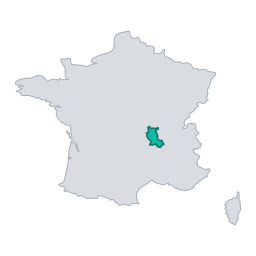 France, with Loire highlighted
{"feature_id": "FRA-5315", "entity_name": "Loire", "entity_type": "Metropolitan department", "adm_level": 1, "iso_a3": "FRA", "parent_name": "France", "parent_adm1": "", "projection": "natural_earth1", "projection_center": [4.105, 45.756], "detail": "fine", "context": "in_parent", "style": "filled", "palette": "teal", "viewbox_px": 256, "rotation_deg": 0, "n_neighbors": 0, "source": "natural_earth", "source_scale": "10m", "svg_char_len": 5677}
<svg xmlns="http://www.w3.org/2000/svg" viewBox="0 0 256 256"><path d="M208.0,100.2L206.1,101.1L205.0,103.0L203.8,103.4L201.6,103.4L200.5,102.3L197.9,103.0L196.9,104.2L198.5,105.6L193.3,111.5L190.0,113.1L189.3,116.9L185.5,119.8L184.0,122.8L183.9,123.4L184.9,124.4L184.5,126.4L182.5,127.7L182.6,129.0L183.1,129.2L186.1,128.1L187.3,127.0L186.7,125.3L189.7,123.4L195.2,123.9L195.8,126.5L195.2,128.7L199.1,133.5L195.7,135.7L195.6,137.2L199.1,142.0L201.4,144.0L200.2,147.2L196.5,149.3L194.1,149.1L193.1,149.7L193.2,150.7L194.9,153.6L198.9,155.5L199.6,157.7L198.5,158.5L196.6,161.9L197.5,163.5L197.2,164.2L197.6,165.4L198.7,166.5L204.3,169.4L209.4,168.8L210.0,170.5L207.0,174.8L207.2,176.8L205.6,176.9L205.3,177.5L202.2,179.0L197.2,183.4L194.9,184.7L193.9,187.0L192.6,188.3L185.3,190.8L184.0,190.2L180.4,190.3L178.2,188.7L174.0,187.7L172.6,185.3L168.6,184.9L168.4,183.3L162.9,184.8L155.1,182.6L152.3,180.3L150.1,180.9L148.1,183.0L139.7,188.4L136.3,194.0L136.9,200.5L138.9,203.8L133.7,203.3L130.7,204.2L129.9,205.6L122.6,204.0L119.9,205.3L119.2,205.2L118.3,203.9L114.7,202.3L115.3,201.2L114.8,200.3L111.5,199.5L110.3,200.4L109.0,198.5L99.7,195.6L98.2,195.6L97.5,198.5L91.5,198.5L90.7,197.9L86.8,198.6L82.7,195.8L78.1,196.3L75.3,193.5L72.6,193.3L68.7,191.9L67.0,191.1L66.8,190.2L65.6,191.5L64.2,191.2L63.9,190.8L64.8,189.3L65.1,187.4L60.3,186.1L59.0,184.8L59.0,184.1L61.6,183.4L64.0,180.9L66.4,171.7L68.3,160.9L69.5,158.8L71.0,158.3L69.8,156.8L68.3,158.7L69.4,148.8L71.3,141.4L75.2,144.4L76.2,145.7L77.3,150.2L79.5,152.0L78.1,150.2L76.7,144.3L75.8,142.6L69.6,137.7L69.4,136.6L72.2,137.2L71.1,133.5L70.6,125.8L66.7,125.0L60.6,121.7L56.5,115.8L56.1,113.6L57.3,111.3L56.3,109.8L54.5,108.8L56.0,106.8L57.2,106.6L61.7,107.7L58.1,105.8L52.1,106.5L49.8,105.8L49.4,104.4L51.1,102.7L49.1,101.5L45.8,101.8L45.4,101.3L46.4,100.1L45.6,99.6L42.8,100.1L41.2,99.7L39.8,98.2L35.4,97.9L34.4,97.0L28.3,95.4L21.9,95.7L20.2,92.8L16.3,91.4L17.2,90.4L21.1,89.6L21.9,88.8L19.1,87.6L18.1,86.4L23.4,86.1L21.0,84.8L16.0,84.9L15.4,83.2L16.1,81.4L19.1,79.8L26.5,78.1L31.8,78.1L35.7,76.0L39.4,75.5L42.9,76.5L47.6,81.5L51.5,79.3L57.2,79.4L58.3,80.6L59.9,78.3L61.1,79.6L68.1,79.2L66.5,78.3L65.2,76.2L65.2,68.3L61.7,62.6L60.9,60.6L61.2,58.8L65.3,59.1L68.8,58.4L70.4,58.9L70.7,62.6L72.1,64.7L81.7,65.3L87.2,66.5L91.8,64.4L96.2,63.5L96.5,63.0L94.0,63.2L91.8,62.3L91.5,61.3L92.7,58.4L99.4,55.3L109.1,52.6L111.6,50.9L114.5,47.6L113.9,46.8L114.5,38.1L115.9,35.2L119.6,33.1L129.0,31.1L130.2,33.8L130.1,35.4L132.5,37.9L133.8,38.6L137.9,37.3L139.8,39.6L140.4,42.1L145.4,43.2L146.8,46.6L147.7,45.8L150.8,46.0L152.2,46.3L154.3,47.8L153.6,49.8L154.5,50.7L153.7,52.6L154.3,53.4L160.0,53.4L161.7,52.6L162.4,50.7L164.2,49.6L164.8,49.9L163.7,53.4L164.5,54.3L164.9,56.8L167.1,57.0L171.3,58.9L174.8,62.2L179.2,61.7L182.6,63.5L186.2,62.6L189.5,63.6L190.7,64.5L193.9,69.2L196.3,68.2L198.0,68.8L198.6,70.1L205.0,69.3L206.2,70.6L207.5,71.1L215.6,72.8L215.7,74.6L211.1,79.5L209.2,86.6L207.9,89.0L207.4,90.9L207.8,92.1L207.6,94.0L206.6,98.6L207.2,100.0L208.0,100.2ZM239.2,196.2L238.9,199.2L240.1,201.3L240.6,209.9L238.3,214.0L238.0,219.0L235.1,224.9L230.3,222.3L228.9,220.8L230.1,218.5L227.4,217.3L228.0,215.1L227.7,214.0L225.8,213.9L225.7,213.3L227.0,211.6L227.0,210.6L225.2,209.2L224.8,208.1L226.5,206.7L225.7,205.5L224.7,205.3L227.0,201.4L228.7,200.2L232.3,199.1L233.8,197.7L236.2,198.4L236.6,198.1L237.3,191.9L238.1,191.8L238.9,192.7L239.2,196.2ZM69.9,133.9L69.3,135.7L66.9,132.6L66.7,131.0L69.9,133.9Z" fill="#d9dde1" stroke="#a8b0b8" stroke-width="1"/><path d="M163.5,143.1L163.5,144.0L163.7,144.7L162.9,144.8L161.5,145.5L161.2,145.8L161.0,146.1L160.9,146.3L161.0,146.9L161.0,147.1L160.9,147.2L158.8,147.3L158.3,146.8L157.9,146.6L157.4,146.6L157.2,146.5L157.1,146.4L157.0,146.1L156.9,145.9L156.9,145.7L157.0,145.5L157.1,145.3L157.1,145.1L157.0,144.9L156.7,144.4L156.5,144.2L156.3,144.2L156.2,144.2L156.0,144.4L155.8,144.5L155.7,144.6L155.0,144.3L154.6,144.3L154.2,144.3L153.9,144.3L153.9,144.5L153.7,144.8L152.2,145.1L151.7,145.1L151.4,145.0L151.3,144.9L151.2,144.8L151.1,144.6L150.9,144.6L150.7,144.7L150.4,144.8L150.1,145.0L149.9,145.1L149.7,144.8L149.9,144.1L150.1,143.7L150.3,143.5L150.6,143.2L150.8,143.0L150.9,142.7L151.0,142.4L151.0,142.2L150.8,141.8L150.5,140.7L150.4,140.6L148.4,139.0L148.3,138.8L148.1,138.4L147.6,137.3L147.5,137.1L147.4,137.0L147.2,136.9L147.0,136.5L146.7,136.2L146.9,135.6L147.0,135.5L147.0,135.4L147.0,135.2L147.0,134.9L147.2,134.5L147.2,134.4L147.3,134.2L147.2,134.0L147.2,133.8L147.0,133.7L146.6,133.4L146.4,133.2L146.5,132.9L147.1,132.6L148.1,132.4L148.3,132.3L148.5,132.2L148.7,131.8L148.6,131.7L148.5,131.4L148.4,130.7L148.4,130.4L148.2,129.8L148.2,129.6L148.2,129.4L148.3,129.0L148.3,128.8L148.2,128.6L148.2,128.4L148.1,128.2L148.2,127.9L148.0,127.7L147.9,127.7L147.9,127.4L148.2,127.2L148.3,127.1L148.5,126.9L149.7,126.5L149.9,126.7L149.9,126.9L149.9,127.0L149.9,127.5L150.0,127.8L150.5,128.0L151.1,128.4L151.4,128.5L151.6,128.5L152.5,128.1L153.0,128.2L153.6,128.4L153.8,128.4L154.4,128.2L154.5,128.2L155.3,128.4L155.8,128.5L156.1,128.5L156.3,128.5L156.7,128.4L157.1,128.1L157.6,127.5L157.9,127.6L158.1,127.8L158.3,128.2L158.4,128.5L158.3,129.0L158.0,129.1L157.1,129.2L156.9,129.4L155.6,130.7L155.5,131.0L155.8,131.3L156.3,131.5L156.4,131.8L156.3,132.0L155.7,132.2L155.5,132.3L155.6,132.6L156.7,133.2L156.9,133.5L156.7,134.0L156.8,134.3L157.4,134.7L157.7,135.1L157.6,135.6L157.0,136.4L157.0,136.8L157.5,136.9L157.8,137.0L157.8,137.3L157.4,137.8L157.3,138.0L157.6,138.9L158.4,139.7L159.4,140.3L160.1,140.5L161.1,140.3L161.6,140.4L162.0,140.6L162.0,140.9L161.8,141.8L161.9,142.2L162.0,142.4L162.3,142.5L162.9,142.4L163.1,142.5L163.5,143.1Z" fill="#14b8a6" stroke="#0f766e" stroke-width="1.5"/></svg>